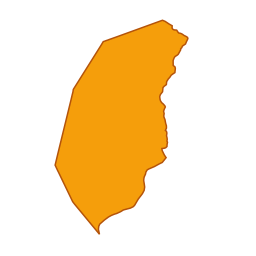 Cristalândia do Piauí, Piauí, Brazil (Equal Earth projection), rotated 256°
{"feature_id": "56859067B1752909624747", "entity_name": "Cristalândia do Piauí", "entity_type": "district", "adm_level": 2, "iso_a3": "BRA", "parent_name": "Brazil", "parent_adm1": "Piauí", "projection": "equal_earth", "projection_center": [-45.126, -10.759], "detail": "fine", "context": "isolated", "style": "filled", "palette": "amber", "viewbox_px": 256, "rotation_deg": 256, "n_neighbors": 0, "source": "geoboundaries", "source_scale": "gbopen_adm2", "svg_char_len": 1574}
<svg xmlns="http://www.w3.org/2000/svg" viewBox="0 0 256 256"><g transform="rotate(256 128 128)"><path d="M31.8,74.6L36.9,74.8L39.8,75.9L41.6,77.4L44.4,82.8L46.4,87.6L47.2,90.7L47.7,94.0L47.8,96.3L48.6,100.6L49.6,103.7L49.7,111.0L50.4,114.1L51.4,115.7L56.5,120.7L60.8,126.1L63.6,128.6L66.7,129.9L69.4,130.2L73.2,130.5L75.2,131.2L76.6,131.9L79.0,133.8L80.9,134.7L82.7,136.5L83.2,138.2L84.2,144.3L85.6,149.6L86.3,152.9L88.8,156.2L90.0,157.8L92.8,156.8L94.0,156.5L97.8,155.7L99.9,155.9L99.6,158.2L99.7,159.7L100.6,161.3L102.5,161.9L104.7,162.9L105.9,162.6L107.1,163.2L108.8,163.5L111.1,163.5L113.7,164.5L115.5,164.5L116.6,163.7L118.6,165.3L120.9,165.8L122.6,165.7L123.9,165.7L127.3,165.9L130.0,165.5L131.9,165.9L133.0,166.5L135.7,166.6L137.4,167.7L139.4,169.3L140.7,169.1L143.1,167.8L144.3,166.9L146.1,166.2L147.7,166.0L149.8,166.2L150.9,166.4L152.6,167.5L154.8,170.3L158.7,171.7L159.7,173.1L160.8,175.7L163.6,176.7L165.7,178.8L167.2,181.0L168.8,182.7L169.7,184.9L170.4,186.9L174.2,188.3L175.8,188.4L177.8,187.0L182.5,188.1L184.6,189.5L185.9,190.8L186.9,193.7L187.5,194.7L191.1,198.0L192.2,198.3L192.9,199.6L194.3,200.6L195.6,204.1L197.5,205.5L200.2,207.7L201.5,207.7L203.0,206.3L204.2,204.8L205.9,203.4L207.0,202.1L208.0,200.1L209.2,199.6L211.2,198.9L212.0,196.6L212.7,195.6L213.9,195.0L214.9,195.1L216.5,195.6L219.0,193.0L222.5,189.8L224.2,187.5L219.2,139.4L217.8,124.9L214.8,121.9L178.7,84.3L176.3,83.3L173.9,82.0L168.1,79.0L137.5,62.9L119.6,53.5L109.6,48.3L103.4,49.5L102.2,49.8L69.9,56.5L66.9,57.8L31.8,74.6Z" fill="#f59e0b" stroke="#b45309" stroke-width="1.5"/></g></svg>